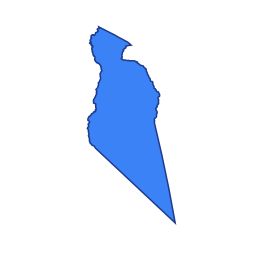 the district of South Imenti, Eastern, Kenya, rotated 251°
{"feature_id": "3690345B43224395015109", "entity_name": "South Imenti", "entity_type": "district", "adm_level": 2, "iso_a3": "KEN", "parent_name": "Kenya", "parent_adm1": "Eastern", "projection": "robinson", "projection_center": [37.719, -0.117], "detail": "fine", "context": "isolated", "style": "filled", "palette": "blue", "viewbox_px": 256, "rotation_deg": 251, "n_neighbors": 0, "source": "geoboundaries", "source_scale": "gbopen_adm2", "svg_char_len": 6063}
<svg xmlns="http://www.w3.org/2000/svg" viewBox="0 0 256 256"><g transform="rotate(251 128 128)"><path d="M22.9,141.7L56.7,146.8L91.5,151.2L124.8,154.7L125.8,155.4L126.1,155.5L126.8,155.5L127.8,155.8L128.3,156.1L128.4,156.4L128.5,156.9L128.8,157.8L129.4,158.5L129.8,158.8L131.1,159.2L132.0,159.6L132.3,159.9L132.5,160.3L132.9,160.5L134.3,160.8L135.0,160.5L135.4,160.5L136.2,160.5L136.8,160.4L137.3,160.5L137.4,160.9L137.7,161.3L138.1,161.5L138.3,161.9L138.4,162.4L138.7,162.6L139.2,162.6L139.6,162.7L140.0,163.0L140.2,163.4L140.3,163.8L140.9,164.6L141.4,164.7L141.6,165.1L142.1,165.2L142.5,165.2L143.1,165.5L143.7,165.6L144.3,166.0L144.8,166.2L145.2,166.1L145.5,165.9L146.0,165.9L146.8,166.2L147.2,166.5L147.4,166.8L147.4,167.4L147.6,167.9L147.9,168.3L148.8,168.6L149.3,168.8L150.0,168.7L150.4,168.5L150.9,168.5L151.3,168.5L151.7,168.6L152.1,168.5L152.3,168.3L152.5,167.9L152.5,167.6L152.8,167.4L153.1,167.2L153.5,167.0L153.8,167.0L154.1,167.1L154.5,167.1L155.1,166.7L155.8,166.6L156.2,166.5L156.5,166.3L156.9,165.8L157.4,165.6L157.9,165.7L158.5,166.1L158.8,166.1L159.4,166.0L160.4,165.8L160.8,165.8L161.4,165.8L161.7,165.9L163.0,166.3L163.5,166.3L164.0,166.1L164.4,165.3L164.8,164.8L165.5,164.6L165.8,164.6L166.9,164.8L167.3,165.0L167.6,165.0L168.4,164.5L168.9,164.3L170.4,164.4L170.8,164.4L171.1,164.2L172.1,164.2L172.8,163.9L173.4,163.9L173.8,164.1L174.9,164.1L175.5,163.9L175.9,163.8L176.7,164.1L177.6,164.2L178.2,164.2L178.5,164.1L178.5,163.7L179.5,163.3L179.9,163.0L180.3,162.9L181.4,162.7L181.8,162.5L182.9,160.8L183.3,160.4L183.5,160.0L183.8,159.7L184.2,159.7L184.4,159.4L185.4,159.0L185.8,158.5L186.1,158.1L186.5,158.0L186.9,158.4L187.2,158.4L187.5,158.1L187.9,157.8L188.0,157.4L188.1,156.9L188.6,156.8L188.9,156.4L189.5,155.9L189.6,155.4L189.7,154.9L189.9,154.4L190.2,154.0L190.4,153.6L190.5,153.1L190.6,152.7L190.6,151.7L190.9,151.4L191.2,151.3L191.7,150.6L191.8,150.0L192.1,149.1L192.7,148.2L193.0,147.5L193.3,147.1L193.5,146.6L193.6,146.3L194.2,145.2L194.7,145.1L195.2,144.5L195.5,144.3L195.8,144.3L195.9,144.8L196.4,145.0L197.1,145.7L197.6,145.7L198.0,145.7L198.3,145.8L198.9,145.8L199.6,146.5L200.7,147.0L201.1,147.3L201.5,147.4L201.7,147.7L201.8,148.1L202.0,148.4L202.4,148.5L202.6,149.0L203.8,149.3L203.9,149.6L203.9,150.0L204.0,150.3L204.4,151.2L204.4,151.7L204.6,152.1L205.1,152.1L205.3,152.4L205.7,152.4L206.0,152.6L206.2,152.9L205.9,153.9L205.9,154.8L205.8,155.9L205.3,157.4L205.3,157.9L205.6,157.6L207.0,157.1L208.2,156.3L209.2,155.7L213.6,151.7L216.1,149.3L218.3,147.4L221.1,144.9L223.2,142.8L225.9,140.2L233.1,133.3L232.7,133.3L231.9,133.6L231.6,133.3L231.7,132.9L231.9,132.5L231.8,131.9L231.6,131.4L231.3,131.0L230.8,131.0L230.2,131.2L229.9,131.4L229.5,131.5L229.2,131.3L229.1,130.8L228.5,129.8L228.7,129.5L228.8,129.1L228.7,128.7L228.5,128.3L228.2,128.1L227.9,128.1L227.7,127.8L227.3,127.5L227.1,127.1L226.8,126.9L226.6,126.5L226.6,126.1L226.8,125.8L227.2,125.7L227.5,125.5L227.7,125.0L227.8,124.6L227.6,124.3L227.3,123.4L227.1,123.1L226.8,123.1L226.0,122.6L225.7,122.5L225.1,122.8L224.7,122.7L224.5,122.3L224.3,121.7L223.9,121.5L223.5,121.0L223.3,120.7L223.0,120.6L222.5,120.6L222.1,120.8L221.2,121.2L221.0,120.8L221.1,120.5L221.1,120.1L221.0,119.6L220.7,119.3L220.4,119.4L220.1,119.8L219.5,120.1L219.4,120.4L219.3,120.7L219.0,120.7L218.7,120.5L218.5,120.2L218.1,120.5L217.9,120.8L217.6,120.5L217.2,120.6L217.2,121.1L216.8,121.4L216.4,121.1L216.0,121.0L215.8,120.2L215.3,119.7L214.8,119.7L214.4,119.7L214.0,119.4L213.6,119.5L213.3,119.7L213.0,119.6L212.8,119.3L212.4,119.2L212.1,119.3L211.7,119.3L211.5,119.0L211.0,119.1L210.3,119.2L209.9,119.1L209.5,119.1L209.2,118.9L208.8,118.8L207.6,119.0L207.1,119.5L206.8,119.3L206.5,119.7L206.1,119.8L205.7,119.9L205.4,119.8L205.1,119.7L204.8,119.5L204.5,119.2L203.7,119.0L203.3,118.6L202.9,118.7L202.6,119.0L202.1,119.1L201.8,119.0L201.3,119.0L200.9,119.4L200.5,119.7L199.8,119.8L199.6,120.2L199.6,120.6L199.1,120.5L198.5,121.2L198.3,121.5L197.9,121.8L197.4,121.8L196.4,122.2L196.2,122.3L195.8,122.3L195.5,122.5L195.0,122.5L194.7,122.2L194.3,122.1L193.8,122.3L193.4,122.3L192.3,121.8L191.9,121.9L191.6,121.9L191.0,122.0L190.6,121.9L190.2,121.5L190.0,121.1L189.8,120.6L189.4,120.3L189.1,120.1L188.8,119.8L188.6,119.4L188.2,119.1L187.4,119.0L186.4,118.7L185.6,118.6L183.2,118.0L182.6,117.3L181.1,115.9L180.6,115.0L180.4,114.7L180.0,114.5L179.4,114.4L178.3,114.1L178.0,113.9L177.5,113.4L177.1,113.2L176.6,112.9L176.3,112.6L175.7,111.8L175.4,111.4L175.2,111.0L175.1,110.6L174.7,110.2L173.1,110.4L172.6,110.4L172.4,110.0L172.1,109.7L171.8,109.8L171.3,109.7L170.8,109.4L170.4,109.3L170.1,109.2L169.6,108.4L169.2,108.1L168.9,108.0L168.6,107.7L168.2,107.1L167.8,107.0L167.5,106.5L167.2,106.3L166.3,105.1L165.6,104.4L164.8,104.3L164.5,104.2L164.2,103.9L163.9,103.8L163.6,103.9L163.2,103.9L162.8,103.6L162.3,104.1L162.1,104.4L161.9,104.6L161.7,105.0L161.4,105.3L160.7,105.2L160.2,105.1L159.9,104.7L159.3,104.7L159.0,104.6L158.6,104.4L158.1,104.3L157.7,104.1L157.4,104.1L157.1,104.2L156.8,104.4L156.4,104.3L156.2,104.0L155.9,103.8L155.6,102.8L155.1,102.8L155.0,103.1L154.5,102.8L154.2,102.6L154.1,102.2L154.0,101.9L154.4,101.1L154.3,100.6L153.6,100.0L153.4,99.5L153.3,98.2L153.0,98.1L152.6,97.8L152.4,97.1L152.1,96.8L151.9,96.4L151.5,94.8L151.1,94.7L150.8,94.4L150.6,93.9L149.9,93.2L149.3,92.9L148.8,92.8L148.5,92.6L148.1,92.7L147.9,92.9L147.6,93.2L146.7,93.6L146.4,93.7L146.0,93.6L145.6,93.3L145.5,92.8L145.3,92.4L144.7,91.8L144.4,91.7L144.1,91.4L143.8,91.6L143.0,91.5L142.5,91.4L142.1,91.2L142.0,90.9L141.5,89.9L141.1,89.7L140.7,89.4L140.2,89.5L139.8,89.8L139.3,89.9L138.9,89.9L138.5,89.8L137.7,89.4L137.4,89.3L136.9,89.4L136.5,89.2L136.1,89.2L135.6,89.2L135.3,89.2L135.0,89.2L134.7,89.0L134.5,88.7L133.8,88.2L133.5,88.1L133.1,88.1L132.8,88.2L132.3,88.2L131.9,88.0L130.9,88.3L130.5,88.1L130.1,87.8L129.3,87.9L128.7,87.4L128.4,87.3L128.0,87.3L127.7,87.3L127.0,87.6L126.4,87.2L126.0,87.3L125.7,87.7L125.3,87.9L124.7,88.0L124.3,87.9L124.0,88.1L122.9,89.0L122.6,89.5L122.3,89.9L121.7,90.0L121.3,90.3L121.0,90.3L120.1,90.6L119.7,90.6L22.9,141.7Z" fill="#3b82f6" stroke="#1e3a8a" stroke-width="1.5"/></g></svg>